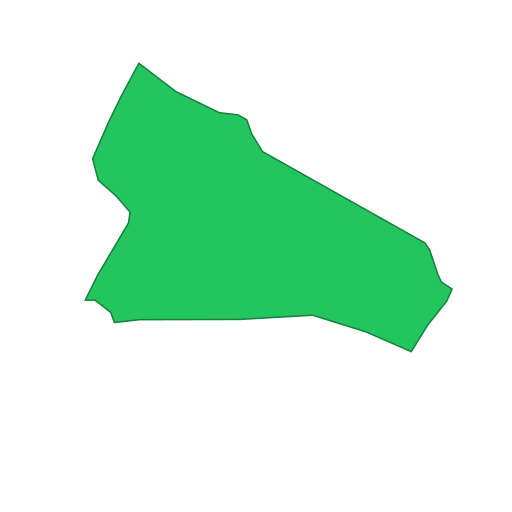 the Unitary District (city) of Edinburgh, rotated 26°
{"feature_id": "GBR-2023", "entity_name": "Edinburgh", "entity_type": "Unitary District (city)", "adm_level": 1, "iso_a3": "GBR", "parent_name": "United Kingdom", "parent_adm1": "", "projection": "natural_earth1", "projection_center": [-3.306, 55.904], "detail": "fine", "context": "isolated", "style": "filled", "palette": "green", "viewbox_px": 512, "rotation_deg": 26, "n_neighbors": 0, "source": "natural_earth", "source_scale": "10m", "svg_char_len": 570}
<svg xmlns="http://www.w3.org/2000/svg" viewBox="0 0 512 512"><g transform="rotate(26 256 256)"><path d="M66.3,134.1L111.7,143.3L160.0,143.3L177.8,137.1L187.9,137.6L198.7,148.2L216.1,159.3L402.2,170.2L409.4,174.4L427.8,193.1L434.0,198.1L446.8,199.8L447.2,213.0L440.7,242.4L437.5,273.9L388.4,276.0L332.8,284.4L269.1,320.2L179.2,364.3L157.9,377.9L150.1,370.4L130.7,366.3L121.9,370.5L122.0,343.2L126.9,282.3L123.6,271.8L104.0,263.4L81.1,257.1L66.5,240.3L64.8,200.4L64.8,171.0L66.0,139.8L66.3,134.5L66.3,134.1Z" fill="#22c55e" stroke="#15803d" stroke-width="1.5"/></g></svg>